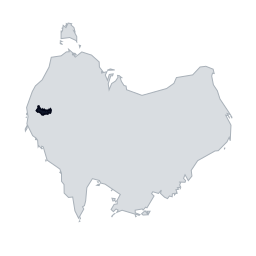 location of Goondiwindi, Queensland, Australia, rotated 186°
{"feature_id": "25037944B7624735907381", "entity_name": "Goondiwindi", "entity_type": "district", "adm_level": 2, "iso_a3": "AUS", "parent_name": "Australia", "parent_adm1": "Queensland", "projection": "orthographic", "projection_center": [150.069, -28.463], "detail": "fine", "context": "in_parent", "style": "filled", "palette": "ink", "viewbox_px": 256, "rotation_deg": 186, "n_neighbors": 0, "source": "geoboundaries", "source_scale": "gbopen_adm2", "svg_char_len": 6042}
<svg xmlns="http://www.w3.org/2000/svg" viewBox="0 0 256 256"><g transform="rotate(186 128 128)"><path d="M172.1,40.0L175.8,53.6L179.9,52.7L184.7,56.6L185.7,65.1L188.5,68.0L189.4,76.0L191.5,80.1L205.0,87.5L210.3,100.3L211.8,100.9L212.1,98.7L214.9,101.0L215.4,99.8L216.6,106.4L218.3,108.3L222.0,110.4L229.0,121.5L228.6,128.9L231.0,137.8L227.0,154.2L224.5,160.2L218.4,166.9L212.9,180.3L211.7,190.3L202.0,192.8L197.3,197.2L194.4,197.7L195.3,200.1L190.5,196.7L191.1,195.8L190.8,194.9L189.9,194.9L188.4,196.6L187.2,195.7L189.0,194.1L187.9,193.0L181.9,198.8L171.9,196.7L163.6,190.7L162.8,185.6L158.6,181.2L160.2,181.3L160.0,179.9L154.9,181.8L156.1,178.2L153.4,173.3L152.2,179.3L148.4,180.3L148.8,178.3L150.6,178.1L152.3,169.9L150.8,164.0L148.9,170.5L145.3,173.4L143.2,177.4L143.9,179.2L142.3,179.2L139.5,177.4L141.1,177.2L139.4,173.6L136.4,169.8L134.3,169.5L133.4,165.9L117.5,161.9L93.7,171.3L87.0,177.2L85.1,183.2L69.2,187.6L62.7,196.2L57.0,197.5L49.5,195.4L48.0,191.2L49.7,191.4L50.2,188.4L47.6,179.9L43.0,174.3L39.6,166.5L27.6,152.0L30.9,152.8L27.8,148.2L29.8,150.8L32.2,151.0L25.9,141.6L25.0,126.0L26.4,129.3L28.1,124.6L35.8,114.9L39.2,114.2L55.3,102.8L60.7,92.5L59.4,86.9L62.5,82.0L66.4,87.5L67.5,83.7L65.2,81.7L65.6,80.0L71.7,79.6L69.8,79.5L70.7,76.7L69.4,74.8L72.6,73.8L71.2,72.4L73.9,71.6L72.7,69.4L74.8,66.3L75.1,67.8L77.0,67.2L76.9,64.2L79.7,64.7L81.3,61.9L84.4,63.0L88.8,66.3L88.4,69.8L90.8,66.1L96.7,67.2L97.7,65.2L95.0,63.1L100.8,50.6L102.2,51.1L104.4,48.0L105.3,49.0L112.3,47.0L111.9,44.4L107.0,43.1L107.8,42.3L125.3,45.6L130.3,42.9L129.2,45.3L131.4,46.2L133.8,43.3L136.3,45.2L133.8,50.6L130.8,51.4L131.2,55.0L128.7,61.1L145.0,69.8L149.4,70.4L150.9,72.8L158.1,73.9L162.7,64.4L162.5,51.2L163.2,46.2L165.0,44.9L163.5,42.8L167.7,33.1L172.1,40.0ZM188.1,209.3L195.4,211.9L203.9,209.9L204.7,217.9L204.1,216.4L203.3,218.1L203.2,223.3L200.2,221.3L198.5,226.1L194.9,225.8L195.5,224.5L192.3,222.3L190.8,218.3L192.2,219.0L188.5,213.5L188.1,209.3ZM99.0,43.8L103.9,43.0L105.5,44.1L102.4,47.5L99.0,43.8ZM147.3,184.3L154.8,183.2L151.8,184.9L147.3,184.3ZM135.4,53.8L136.6,56.5L133.4,56.4L133.8,54.3L135.4,53.8ZM228.5,120.2L228.4,116.9L229.7,114.2L230.1,116.2L228.5,120.2ZM201.8,204.2L204.2,204.8L204.3,205.9L201.8,204.2ZM98.6,44.7L100.5,47.2L97.4,47.5L98.6,44.7ZM185.2,205.3L183.8,205.0L184.4,203.1L185.2,205.3ZM153.1,67.8L151.7,68.8L150.2,69.4L150.8,67.7L153.1,67.8ZM27.4,151.2L26.0,150.0L25.6,148.6L27.4,151.2ZM203.8,207.0L204.8,207.8L202.9,207.2L203.8,207.0ZM217.6,106.8L218.8,106.8L218.7,108.3L217.6,106.8ZM189.8,75.8L191.2,76.7L190.9,77.2L189.8,75.8ZM200.2,224.1L200.3,225.4L199.5,225.0L200.2,224.1ZM230.2,130.2L230.3,132.0L230.1,132.0L230.2,130.2ZM111.5,41.7L110.6,41.0L111.1,40.6L111.5,41.7ZM134.8,38.8L133.6,40.3L134.9,37.7L134.8,38.8ZM230.4,128.0L229.9,128.6L230.3,127.9L230.4,128.0ZM138.0,64.3L137.4,64.7L137.7,64.0L138.0,64.3ZM132.9,54.0L132.1,54.2L132.5,53.3L132.9,54.0ZM29.9,116.8L30.0,118.1L29.6,118.1L29.9,116.8ZM166.2,32.5L166.1,33.5L165.8,32.8L166.2,32.5ZM189.9,195.4L190.2,196.0L189.9,195.8L189.9,195.4ZM133.3,40.7L131.7,41.9L133.3,40.5L133.3,40.7ZM72.7,68.0L72.2,68.8L72.4,68.0L72.7,68.0ZM200.7,223.2L200.2,223.4L200.5,223.0L200.7,223.2ZM152.6,71.3L151.7,71.3L152.1,70.7L152.6,71.3ZM70.1,73.8L69.8,74.3L69.6,73.4L70.1,73.8ZM204.0,220.4L203.4,220.8L203.5,220.1L204.0,220.4ZM166.7,29.9L166.6,30.6L166.1,30.3L166.7,29.9ZM189.6,196.3L190.3,196.8L189.2,196.7L189.6,196.3ZM206.6,87.5L206.0,87.5L206.2,86.7L206.6,87.5ZM211.5,98.5L211.2,98.6L211.5,97.9L211.5,98.5ZM188.3,208.4L188.2,208.8L188.0,208.2L188.3,208.4Z" fill="#d9dde1" stroke="#a8b0b8" stroke-width="1"/><path d="M219.1,140.6L219.3,140.6L219.3,140.4L219.6,140.3L219.6,140.1L219.8,140.0L219.8,139.9L219.8,139.6L219.7,139.6L219.6,139.8L219.4,139.9L219.2,139.8L219.0,139.7L219.2,139.3L219.2,139.1L219.2,138.9L219.2,138.7L219.3,138.6L219.4,138.4L219.5,138.2L219.7,137.9L219.8,137.8L220.0,137.6L220.0,137.4L220.3,137.1L220.4,136.9L220.5,136.8L220.6,136.7L220.6,136.4L220.7,136.2L220.8,136.1L220.9,135.9L220.9,135.7L221.0,135.6L220.9,135.5L221.0,135.5L220.8,135.4L220.7,135.4L220.6,135.2L220.3,135.2L220.1,135.3L219.9,135.1L219.9,134.9L219.8,134.7L219.7,134.6L219.6,134.4L219.3,134.5L219.2,134.5L218.9,134.6L218.7,134.7L218.3,134.6L218.2,134.6L217.9,134.6L217.7,134.6L217.4,134.4L217.5,134.2L216.5,133.9L216.4,133.9L216.4,133.7L216.2,133.6L216.0,133.4L215.9,133.3L215.9,133.2L215.7,133.1L215.5,132.9L215.4,132.9L215.4,132.6L215.3,132.4L215.2,132.3L215.1,132.2L214.7,132.1L214.4,132.1L214.1,132.0L213.9,132.1L213.7,132.1L213.7,132.3L213.4,132.3L213.4,132.6L213.3,132.9L213.2,132.9L212.8,133.0L212.7,133.0L212.6,133.3L212.3,133.2L212.3,133.4L211.6,133.3L210.8,133.5L210.0,133.4L210.0,133.6L209.1,133.5L209.0,133.9L208.8,134.9L207.7,134.7L207.4,134.7L206.9,134.6L206.5,135.2L206.3,136.9L206.3,137.5L206.6,137.5L206.6,138.1L206.6,138.4L207.0,138.9L207.1,138.6L207.3,138.5L207.5,138.4L207.7,138.2L207.8,138.1L208.0,138.0L208.0,137.9L208.1,138.0L208.1,137.9L208.3,137.8L208.4,137.7L208.5,137.7L208.8,137.7L208.9,137.4L209.0,137.4L209.0,137.2L209.3,137.0L209.4,136.9L209.4,137.0L209.5,136.9L209.6,137.0L209.7,136.9L209.8,136.9L209.9,137.0L210.0,137.0L210.3,137.2L210.2,137.3L210.3,137.3L210.4,137.2L210.5,137.2L210.8,137.2L211.0,137.1L211.3,137.1L211.5,137.1L211.8,137.2L212.0,137.0L212.3,137.0L212.3,136.9L212.4,137.0L212.4,136.9L212.5,137.0L212.5,136.9L212.8,136.8L213.0,136.9L213.4,136.7L213.5,136.7L213.5,136.8L213.8,136.9L213.8,137.0L214.0,137.2L214.0,137.3L214.1,137.2L214.1,137.3L214.3,137.5L214.5,137.5L214.5,137.4L214.7,137.5L214.7,137.4L214.8,137.4L214.7,137.5L214.9,137.5L214.8,137.4L214.9,137.5L215.0,137.4L215.1,137.5L215.3,137.5L215.5,137.4L215.5,137.5L215.6,137.4L215.8,137.3L216.0,137.3L216.3,137.4L216.3,137.5L216.5,137.6L216.8,137.7L216.9,137.8L217.0,137.9L217.3,137.9L217.4,138.1L217.3,138.3L217.4,138.5L217.5,138.6L217.8,138.5L218.1,138.7L218.1,138.8L218.3,138.8L218.4,139.0L218.4,138.9L218.5,139.0L218.7,139.3L218.7,139.6L218.7,139.8L218.6,140.0L218.8,140.2L218.9,140.3L218.8,140.5L219.0,140.6L219.1,140.6Z" fill="#0f172a" stroke="#020617" stroke-width="1.5"/></g></svg>